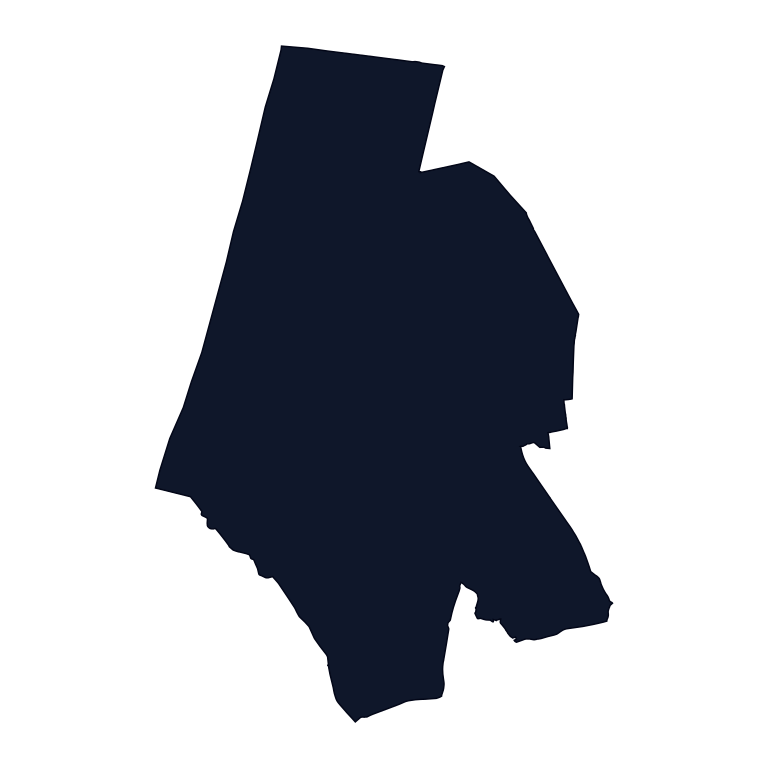 Schagen, Noord-Holland, Netherlands (Mercator projection)
{"feature_id": "6326949B3670086386110", "entity_name": "Schagen", "entity_type": "district", "adm_level": 2, "iso_a3": "NLD", "parent_name": "Netherlands", "parent_adm1": "Noord-Holland", "projection": "mercator", "projection_center": [4.782, 52.788], "detail": "fine", "context": "isolated", "style": "filled", "palette": "ink", "viewbox_px": 768, "rotation_deg": 0, "n_neighbors": 0, "source": "geoboundaries", "source_scale": "gbopen_adm2", "svg_char_len": 5993}
<svg xmlns="http://www.w3.org/2000/svg" viewBox="0 0 768 768"><path d="M355.3,721.9L359.8,718.0L360.6,717.4L361.0,717.3L361.3,717.1L362.4,717.0L364.1,717.1L364.8,717.1L366.3,716.8L366.8,717.0L370.2,715.3L372.8,714.2L398.3,704.6L400.5,703.7L404.8,701.8L406.2,701.3L408.6,700.7L415.4,699.7L421.0,699.3L424.7,699.2L435.8,698.4L436.5,698.3L438.6,697.6L440.1,697.0L441.6,696.1L441.6,695.5L441.8,694.6L443.2,690.3L443.6,688.5L443.8,686.7L444.0,684.8L444.0,683.2L443.8,681.4L443.4,678.6L442.8,674.0L442.6,669.7L442.6,668.7L442.7,666.4L443.1,662.6L443.3,661.4L443.5,661.0L443.7,659.6L446.4,643.8L448.7,629.5L448.7,628.6L448.6,628.2L447.9,626.5L447.7,626.1L447.6,625.8L447.6,625.2L447.8,623.6L448.0,622.9L448.2,622.5L448.9,621.7L449.9,620.6L450.2,620.2L450.4,619.5L451.9,612.8L452.7,609.9L453.3,607.6L455.5,600.8L458.2,593.5L458.7,592.1L459.0,591.4L459.5,589.6L459.8,588.5L459.9,587.9L459.8,586.7L459.6,586.0L461.0,582.3L462.6,583.4L463.6,584.1L465.9,586.4L465.8,586.5L467.0,587.4L471.4,589.5L473.3,590.5L474.7,591.4L476.5,593.1L477.4,594.2L477.6,595.6L478.2,597.9L478.2,599.0L478.1,599.7L478.0,600.5L477.6,602.1L476.5,605.8L476.4,606.7L476.4,607.0L476.2,607.0L475.9,607.2L475.8,607.4L475.6,607.7L475.6,607.9L475.6,608.1L475.9,608.7L476.1,609.1L476.1,609.3L475.8,611.5L475.7,611.9L475.0,613.1L475.0,613.4L476.4,616.4L477.4,618.4L477.7,618.6L478.1,618.7L480.6,618.3L480.9,618.4L483.6,619.3L485.2,619.7L486.2,619.9L490.1,620.1L490.6,620.4L492.5,621.7L493.0,621.8L493.3,621.7L493.4,620.9L493.3,619.5L496.3,620.5L496.5,620.1L496.8,620.0L497.2,620.0L500.3,618.9L500.8,619.0L500.3,621.0L500.3,622.4L500.4,622.8L500.7,623.3L502.0,624.8L504.9,628.4L505.4,629.2L506.0,630.4L506.6,631.1L507.1,631.8L507.8,633.2L508.7,634.3L509.6,635.5L510.4,636.4L512.3,637.7L512.6,638.0L515.5,637.1L516.5,639.2L514.2,640.3L514.5,640.8L515.0,641.4L515.6,641.8L516.5,642.2L519.0,641.3L521.0,640.6L524.8,639.2L525.3,639.1L526.8,638.9L528.2,639.0L529.2,638.9L533.0,639.6L533.7,639.7L534.5,639.7L536.2,639.4L536.9,639.1L538.4,639.0L541.1,638.5L547.9,636.5L554.1,635.0L556.8,634.1L558.5,633.0L560.3,631.7L562.6,630.2L564.1,629.5L565.9,628.9L567.0,628.7L583.1,626.4L593.3,624.4L597.8,623.4L603.3,622.1L606.8,621.1L606.9,620.0L607.0,619.6L607.9,617.4L608.3,615.6L608.3,614.7L608.3,614.1L608.1,611.8L608.4,610.1L608.9,608.5L609.7,606.6L609.8,606.0L610.1,605.3L611.2,604.4L612.5,603.2L612.1,602.7L611.7,602.4L610.7,601.9L610.2,601.6L609.5,600.8L609.4,600.6L608.8,598.8L608.1,597.1L607.1,595.4L605.7,593.5L604.5,591.5L603.2,589.1L602.0,586.4L601.0,584.0L600.6,582.4L599.7,579.6L599.4,578.9L599.1,578.4L598.5,577.7L597.0,576.3L595.8,575.5L595.4,575.3L590.7,571.6L589.3,567.1L587.8,562.7L585.6,556.5L585.1,555.3L584.5,553.8L584.0,552.8L581.5,546.8L581.0,545.8L580.9,545.7L580.8,545.2L580.0,543.6L579.6,543.0L575.9,536.0L574.0,532.9L573.6,532.4L572.3,530.1L570.2,526.9L566.5,521.7L566.3,521.4L565.0,519.5L554.1,503.9L550.4,498.6L550.3,498.2L550.2,498.2L537.7,480.1L533.4,473.8L531.9,471.8L529.6,468.5L528.0,466.2L526.3,463.5L524.9,460.8L523.9,458.5L523.6,457.8L522.5,454.6L521.7,451.7L521.0,448.7L520.6,446.2L520.4,446.2L520.5,446.1L522.1,446.3L522.7,446.3L523.1,446.2L524.3,445.5L525.5,445.0L526.3,444.5L526.7,444.1L527.1,443.9L527.6,443.8L529.0,443.8L529.9,443.6L531.2,443.1L532.8,442.6L534.1,442.5L534.7,442.9L539.8,447.3L543.6,447.2L544.4,447.4L545.7,448.1L549.8,448.5L548.9,439.2L548.7,436.7L548.4,435.0L547.9,432.7L550.1,432.4L551.4,432.0L553.4,431.6L556.3,431.1L563.4,429.5L566.4,428.5L567.3,428.5L567.3,428.2L567.4,427.5L567.1,426.3L566.9,424.7L566.4,421.8L566.1,419.5L566.1,418.1L565.7,416.2L565.7,414.9L565.3,413.1L565.1,411.6L564.5,406.3L564.4,404.7L564.1,403.7L564.0,403.0L563.9,400.9L563.9,399.7L565.3,399.8L568.4,399.5L570.9,399.1L572.1,398.8L572.2,396.3L572.7,377.2L573.0,372.3L573.2,364.3L573.5,356.0L573.9,345.8L574.2,343.0L574.3,340.9L574.6,338.8L574.8,338.4L574.9,337.8L575.0,337.0L575.0,336.9L575.4,335.5L575.4,335.3L575.3,334.8L575.6,333.1L575.9,331.7L576.3,329.1L578.0,318.0L578.2,317.2L578.3,316.9L578.3,316.6L578.5,316.0L578.5,314.9L579.1,314.9L578.9,314.8L576.3,309.9L572.7,303.4L568.0,294.6L547.6,256.1L547.3,255.4L534.8,231.7L533.5,229.7L533.0,228.6L533.3,228.4L529.2,220.0L527.9,217.8L527.2,216.2L526.6,214.6L526.4,214.0L526.3,212.9L510.0,195.0L506.8,191.2L504.8,188.9L494.1,176.2L469.0,161.9L455.6,165.0L420.5,172.6L420.6,171.8L418.8,171.6L423.1,153.2L425.3,143.9L432.7,112.6L434.8,103.3L435.8,99.2L438.5,88.0L440.0,81.8L442.8,70.1L444.4,66.6L442.4,65.7L421.9,63.1L419.7,62.3L419.0,62.1L415.5,61.6L414.6,61.6L412.7,61.8L411.6,61.7L373.6,56.8L327.2,51.0L307.9,48.3L281.5,46.1L281.1,49.9L273.9,79.0L265.3,107.0L257.4,140.7L250.9,167.9L242.6,201.2L233.5,231.6L226.4,261.9L201.8,352.6L191.4,381.8L183.3,407.6L169.8,438.5L159.9,470.2L155.5,488.0L190.5,496.7L196.4,504.1L199.8,508.6L201.6,511.1L201.9,511.8L201.8,512.1L201.6,512.8L201.4,513.6L201.3,514.1L201.4,514.5L201.8,515.2L202.3,515.6L205.7,517.2L206.8,517.9L207.3,518.4L207.5,518.8L207.4,520.2L207.2,523.2L207.4,525.6L207.8,526.5L208.6,527.4L209.2,527.9L210.1,528.5L211.3,528.8L213.3,528.9L214.4,528.6L215.0,528.5L215.5,528.6L215.7,528.8L216.4,529.5L219.8,533.6L225.4,540.8L228.6,545.2L229.4,546.8L233.1,550.0L233.6,550.2L235.8,551.0L238.4,551.8L239.8,552.0L246.2,553.6L248.2,554.3L249.1,554.6L249.3,554.8L249.5,555.0L249.9,555.7L250.5,557.5L250.8,558.2L250.9,558.4L251.6,558.9L252.9,559.3L253.2,559.4L253.8,559.9L254.0,560.2L255.6,564.2L256.8,566.8L257.6,568.7L258.8,573.9L259.0,574.3L259.3,574.7L259.7,575.0L261.6,575.7L265.5,577.6L266.4,577.8L268.1,577.8L272.6,576.6L277.3,581.9L278.6,583.5L279.4,584.7L288.1,597.7L294.4,607.3L295.2,608.7L296.7,611.9L298.2,614.7L299.3,616.6L300.1,617.4L304.9,622.0L309.0,626.5L309.5,627.5L314.1,637.7L314.7,638.8L320.0,646.3L326.5,654.7L327.6,656.8L328.5,665.1L327.8,665.2L327.8,665.4L328.5,665.3L328.8,667.8L330.0,674.2L333.3,687.8L333.8,690.7L334.4,693.5L335.4,696.8L336.1,698.9L337.0,700.8L337.4,701.4L338.2,702.6L340.1,704.9L346.9,712.7L351.9,718.1L355.3,721.9Z" fill="#0f172a" stroke="#020617" stroke-width="1.5"/></svg>